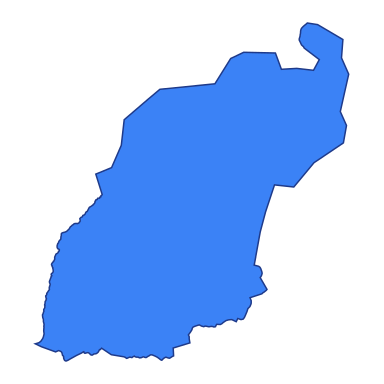 outline of Bulgan, Arhangay, Mongolia
{"feature_id": "93677404B70129232678406", "entity_name": "Bulgan", "entity_type": "district", "adm_level": 2, "iso_a3": "MNG", "parent_name": "Mongolia", "parent_adm1": "Arhangay", "projection": "orthographic", "projection_center": [100.91, 47.19], "detail": "fine", "context": "isolated", "style": "filled", "palette": "blue", "viewbox_px": 384, "rotation_deg": 0, "n_neighbors": 0, "source": "geoboundaries", "source_scale": "gbopen_adm2", "svg_char_len": 5476}
<svg xmlns="http://www.w3.org/2000/svg" viewBox="0 0 384 384"><path d="M307.3,23.0L306.1,24.1L304.7,25.2L303.1,26.6L301.7,28.1L301.4,28.5L300.9,29.7L300.6,31.1L300.5,33.2L300.1,35.2L300.1,36.0L299.3,38.6L299.2,39.2L299.3,40.3L300.0,41.6L301.5,44.9L302.8,46.1L303.5,46.7L304.2,48.1L319.3,59.6L313.5,70.3L296.7,68.4L281.4,69.3L275.4,53.0L243.7,52.3L230.7,58.5L214.9,83.8L159.9,89.3L148.7,98.7L124.2,119.7L121.3,145.3L111.6,167.6L95.8,174.1L102.2,194.6L101.7,195.2L101.4,195.4L101.0,195.7L100.8,196.1L100.9,196.5L100.9,196.8L100.7,196.9L100.3,197.0L99.9,197.1L99.7,197.3L99.7,197.6L99.7,197.9L99.5,198.2L99.3,198.2L98.3,198.2L97.8,198.2L97.6,198.4L97.4,198.8L97.3,199.4L96.9,199.6L96.2,199.7L95.9,199.9L95.7,200.1L95.6,200.5L95.5,200.9L95.0,201.3L95.0,201.7L94.9,202.5L94.5,203.3L94.1,203.8L93.3,204.4L93.1,204.9L92.7,205.3L92.4,205.3L92.0,205.7L90.7,206.6L89.5,207.2L89.0,207.9L88.2,209.5L87.3,211.2L87.0,211.6L86.6,211.7L86.1,212.0L85.7,212.6L85.2,213.8L84.6,214.7L83.5,215.2L82.9,215.4L82.7,215.7L82.5,216.6L81.9,217.0L81.1,217.3L80.7,217.7L80.0,218.4L79.8,218.8L80.0,219.3L80.1,220.0L80.2,220.5L80.2,220.9L80.1,221.3L79.8,221.8L79.3,222.2L79.1,222.8L78.5,223.2L78.0,223.3L77.7,223.6L76.8,223.5L75.6,223.5L75.0,223.5L74.4,223.7L73.9,223.9L73.3,224.6L72.7,224.9L72.1,225.3L71.3,226.2L70.6,226.6L70.1,227.2L69.2,228.9L68.3,229.7L67.3,230.8L66.2,231.6L65.0,232.1L63.0,232.6L62.0,233.0L61.5,233.5L61.3,233.9L61.3,234.6L61.3,235.4L61.1,236.4L60.9,236.9L60.9,238.1L60.7,239.3L59.4,240.6L58.8,241.6L58.4,242.9L57.7,243.7L57.5,244.4L57.1,245.7L57.1,247.2L57.4,248.1L57.8,248.7L58.2,249.0L58.7,249.1L59.3,249.6L59.4,249.9L59.2,251.0L58.5,251.3L58.2,252.5L57.1,253.5L56.3,253.8L55.9,254.3L55.3,255.7L54.8,256.8L54.6,258.0L54.8,259.0L54.6,259.4L53.7,261.3L53.3,261.4L53.2,261.9L52.8,262.3L52.1,263.1L51.7,263.8L51.5,264.3L51.6,265.1L52.1,265.7L52.2,265.9L52.1,266.5L52.3,266.9L52.6,267.3L52.8,267.6L52.8,268.5L53.0,268.9L53.1,269.9L53.3,271.3L52.8,272.4L52.5,272.9L51.5,273.6L51.3,274.0L51.2,274.4L51.2,274.9L51.4,275.2L51.8,275.6L51.8,275.8L51.4,276.3L51.0,276.8L51.0,277.5L50.6,278.2L50.2,279.4L49.8,280.4L49.4,281.4L49.5,282.0L49.5,282.3L49.5,282.8L49.8,283.2L50.1,283.9L50.2,284.4L50.0,284.9L49.9,285.7L49.6,286.1L49.6,286.6L49.4,286.9L49.3,287.2L49.4,287.7L49.2,288.0L49.3,288.3L49.3,288.6L49.3,288.8L49.4,289.2L49.4,289.6L49.1,290.0L48.4,290.9L47.8,291.9L47.3,292.7L46.8,293.2L46.7,293.7L46.8,294.3L46.5,295.0L46.0,295.5L45.7,295.9L45.7,296.4L45.9,296.7L45.9,296.8L45.9,297.3L46.0,297.5L46.0,298.0L46.4,298.5L46.4,299.0L46.1,299.4L46.0,300.3L45.8,300.7L45.5,301.0L45.2,301.4L45.1,302.4L45.0,303.4L45.0,303.6L45.0,304.0L44.8,304.3L44.6,304.8L44.6,305.1L45.0,305.6L44.8,306.6L44.8,307.7L44.6,308.0L44.3,308.6L44.0,309.0L43.8,309.3L43.7,309.8L43.7,310.3L43.9,310.8L43.9,311.2L43.7,311.7L43.4,312.3L43.3,313.0L42.9,314.0L42.5,314.7L42.5,315.4L42.6,316.4L42.8,317.8L43.3,319.0L43.4,320.1L43.4,320.9L43.4,321.8L43.8,323.0L44.1,324.7L43.9,325.3L44.0,325.8L43.8,326.3L44.0,327.1L43.9,327.8L43.8,329.4L43.7,330.9L43.9,332.4L44.1,333.9L43.8,335.0L43.3,337.1L42.6,338.7L40.8,341.3L38.9,342.7L36.7,343.4L35.3,343.8L41.3,346.7L55.6,351.9L58.5,350.6L59.4,350.8L60.0,351.1L60.9,351.5L61.6,352.2L62.0,353.1L62.3,354.3L62.4,355.0L62.6,355.5L63.1,355.8L63.4,356.2L63.6,356.6L63.6,357.5L63.7,358.4L64.1,359.4L64.5,360.2L65.1,360.7L65.9,361.0L66.5,360.9L68.1,360.2L70.8,358.6L76.6,355.4L78.9,354.3L81.6,353.0L83.3,351.9L83.6,351.7L83.8,351.7L83.9,352.2L84.3,353.0L85.0,353.3L86.4,352.9L87.8,352.6L88.3,352.7L89.0,353.1L90.0,354.0L90.4,354.6L91.0,354.9L91.8,355.1L92.5,355.0L93.2,354.5L93.9,354.0L94.7,353.9L95.5,353.8L96.1,353.7L96.8,353.3L97.6,352.7L98.2,352.1L98.8,351.1L99.4,349.8L99.9,349.5L100.3,349.6L101.6,348.2L111.3,354.7L123.9,356.8L125.4,357.4L126.4,358.3L126.8,358.3L127.6,358.1L128.3,357.7L129.3,357.3L129.8,357.1L130.4,357.2L131.3,357.5L132.1,357.5L132.7,356.9L133.6,356.5L134.3,356.1L134.8,356.5L135.4,356.9L136.0,357.0L136.9,357.2L138.0,357.1L138.9,357.6L139.8,357.9L140.3,357.7L140.7,357.8L141.5,357.6L142.7,357.0L143.5,356.8L144.1,357.0L144.9,357.4L145.6,357.5L146.2,357.5L146.8,357.2L147.5,356.6L148.9,355.9L149.6,355.5L149.7,355.4L150.2,355.0L150.6,354.8L152.2,354.9L155.1,356.1L156.1,356.6L157.4,357.3L159.2,358.6L159.9,359.2L160.3,359.5L161.2,360.1L161.4,360.2L161.7,360.1L161.9,360.1L162.0,360.1L163.2,358.8L163.8,358.3L164.4,357.9L165.7,357.2L166.0,357.2L167.7,357.8L168.4,358.0L168.8,358.1L169.7,358.2L170.3,357.8L171.1,357.3L172.1,356.6L173.6,355.9L173.2,348.0L189.9,342.9L189.3,339.3L189.2,338.9L189.2,336.7L188.4,334.9L190.6,331.9L192.0,329.6L192.2,328.4L192.6,327.7L193.2,327.0L195.1,326.2L197.8,325.3L199.3,324.9L201.6,326.1L203.8,326.7L205.0,326.1L206.2,326.2L207.5,326.5L209.0,326.8L210.4,326.5L211.7,326.4L212.9,326.6L213.9,327.0L215.5,326.7L216.0,325.4L216.8,324.3L218.1,324.4L220.3,324.5L221.9,323.7L223.1,322.6L224.4,321.7L226.0,320.6L228.4,319.9L230.0,319.7L231.8,319.6L236.2,321.7L237.8,318.5L241.0,319.6L243.2,319.1L244.4,317.5L245.4,315.3L247.0,311.5L247.9,308.6L249.9,306.6L250.9,304.3L251.2,303.1L251.2,300.7L250.0,297.7L261.9,293.8L263.0,292.7L263.8,292.3L266.3,290.3L267.0,289.4L260.2,277.6L261.4,275.8L262.1,273.6L262.0,272.3L261.5,270.7L260.7,268.5L259.9,267.2L258.7,266.3L254.2,265.1L255.7,257.1L255.7,256.8L260.2,232.1L260.4,231.3L265.3,212.9L265.4,212.4L274.5,184.9L293.8,187.0L314.0,162.7L343.4,142.9L346.5,125.5L340.3,111.6L344.7,91.9L348.7,74.2L341.5,57.9L342.9,39.5L317.6,24.6L307.3,23.0Z" fill="#3b82f6" stroke="#1e3a8a" stroke-width="1.5"/></svg>